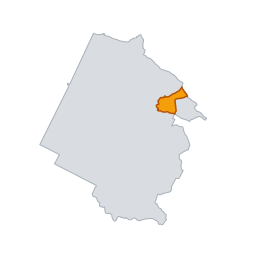 where Sennar sits in Sudan, rotated 295°
{"feature_id": "SDN-880", "entity_name": "Sennar", "entity_type": "Region", "adm_level": 1, "iso_a3": "SDN", "parent_name": "Sudan", "parent_adm1": "", "projection": "albers", "projection_center": [34.248, 12.985], "detail": "fine", "context": "in_parent", "style": "filled", "palette": "amber", "viewbox_px": 256, "rotation_deg": 295, "n_neighbors": 0, "source": "natural_earth", "source_scale": "10m", "svg_char_len": 5451}
<svg xmlns="http://www.w3.org/2000/svg" viewBox="0 0 256 256"><g transform="rotate(295 128 128)"><path d="M170.1,195.0L168.0,195.0L167.8,194.5L167.8,193.2L168.1,192.2L168.8,190.6L168.6,189.7L168.8,188.5L168.2,187.0L163.3,183.0L162.4,181.8L159.8,180.8L160.2,179.6L159.2,171.3L159.7,170.3L159.9,168.9L159.9,167.6L160.5,165.4L160.6,164.5L155.4,164.4L155.4,165.4L155.6,166.4L155.6,166.8L148.4,166.8L151.2,170.1L151.4,171.5L151.2,173.3L151.2,174.5L151.4,175.2L152.1,176.7L152.1,177.0L151.9,177.3L146.8,181.6L145.9,183.6L145.2,184.7L143.7,186.5L138.9,191.1L138.2,191.4L134.6,191.5L134.2,191.6L134.0,191.8L133.8,191.8L130.8,189.0L125.7,185.6L122.3,187.3L121.3,187.9L121.3,189.5L120.8,190.3L119.8,191.1L117.3,191.6L116.0,192.1L114.4,192.9L112.8,194.4L112.7,195.2L112.9,195.9L104.2,195.6L103.6,195.1L102.4,192.6L101.5,192.7L93.6,192.2L92.5,192.4L90.2,193.4L89.0,193.5L87.9,193.0L83.8,188.0L83.0,187.4L82.1,186.2L81.2,185.7L80.9,185.3L80.8,184.8L80.9,183.7L80.6,183.1L80.0,182.9L74.3,183.8L73.5,183.7L72.4,183.8L72.0,184.0L71.5,184.6L71.3,186.0L71.2,186.6L70.7,187.3L69.1,188.9L68.7,189.6L68.7,191.4L68.6,192.4L68.3,192.8L67.6,193.4L67.3,193.8L66.9,196.1L66.0,197.5L65.8,198.0L65.7,199.0L65.5,199.3L63.0,200.0L62.0,200.5L61.4,201.3L61.2,201.6L60.2,201.3L58.8,201.0L56.1,200.6L55.1,200.2L54.6,199.7L54.8,198.3L54.6,198.0L54.2,197.7L53.9,197.1L54.0,196.3L55.5,194.8L55.8,193.9L56.3,189.9L56.3,188.6L55.3,186.3L52.9,182.2L52.3,181.4L49.3,178.0L49.0,177.5L48.3,176.1L49.2,173.2L49.3,172.3L49.1,171.5L48.4,170.8L47.7,170.7L46.8,169.8L46.2,169.4L45.7,168.7L45.3,167.7L45.8,164.2L45.6,163.7L44.8,163.5L44.6,163.3L44.7,162.6L44.4,160.5L43.9,158.9L44.3,157.9L43.6,156.7L42.4,156.1L39.9,156.3L39.1,156.2L38.6,156.0L38.2,155.5L38.0,154.9L38.2,154.1L39.0,152.7L40.0,151.5L41.8,150.4L42.3,149.9L42.7,149.2L42.7,148.4L42.7,147.6L42.5,146.9L42.0,145.9L41.6,144.7L41.6,143.9L41.8,143.4L42.4,142.8L44.2,141.5L46.1,140.5L46.4,140.2L46.3,139.7L45.5,138.8L45.3,137.0L44.9,135.8L45.9,134.9L46.6,134.6L47.7,134.4L48.1,134.0L48.3,133.3L48.3,132.6L48.7,132.1L49.2,131.0L49.7,130.5L51.1,129.3L51.5,128.5L51.6,127.7L51.3,125.2L52.2,124.2L53.2,123.4L54.7,123.5L57.0,123.5L58.6,123.2L59.7,123.2L62.2,123.8L62.4,123.6L62.6,123.0L64.4,76.6L74.8,77.0L74.9,76.9L75.7,55.1L140.4,56.7L140.9,56.6L141.9,54.6L142.4,54.4L143.0,54.5L143.3,55.0L142.7,56.7L199.2,56.7L199.3,59.2L199.8,61.2L201.4,64.0L202.8,65.5L203.3,66.3L203.4,66.7L203.3,67.1L202.9,66.7L202.2,66.4L202.1,67.7L202.5,70.5L203.1,72.4L202.7,74.2L202.8,77.2L203.5,80.8L203.4,83.1L204.7,88.5L205.8,91.4L206.5,92.2L207.2,92.5L208.6,92.8L210.6,94.3L212.3,95.9L212.8,96.7L213.6,97.6L214.2,97.4L214.5,97.2L215.0,97.9L217.6,99.5L218.0,100.2L217.1,101.0L216.0,102.2L215.5,103.4L215.3,103.8L214.4,104.6L214.3,104.9L213.9,105.1L213.5,105.2L212.7,105.6L211.9,105.5L211.1,105.7L210.8,106.0L210.2,106.2L209.3,106.4L208.0,107.4L206.9,107.9L206.5,108.3L205.9,110.3L205.4,110.8L203.7,110.9L202.9,111.1L201.7,110.9L201.2,110.9L201.0,111.3L200.9,113.0L200.9,113.7L200.0,115.7L200.3,119.3L199.4,122.0L199.2,122.7L198.3,124.8L197.8,125.6L196.7,129.7L196.2,130.9L195.2,132.2L196.3,141.9L195.5,144.9L195.5,146.5L195.0,148.9L194.5,150.0L193.7,151.3L193.1,152.8L192.5,154.8L192.2,158.5L192.0,158.8L188.9,159.3L187.9,159.6L187.3,160.0L186.5,161.0L184.9,163.6L184.1,165.2L182.8,167.4L181.3,169.0L181.0,169.7L180.7,171.1L180.2,173.4L179.7,174.9L179.8,176.2L179.3,178.4L179.4,179.5L178.8,180.1L178.1,180.7L177.6,180.8L175.4,179.3L173.9,180.4L173.0,181.8L172.2,183.2L172.7,186.3L172.6,186.9L172.4,187.7L171.0,190.7L170.5,192.0L170.1,194.4L170.1,195.0Z" fill="#d9dde1" stroke="#a8b0b8" stroke-width="1"/><path d="M182.8,167.4L182.7,167.6L182.4,168.1L181.7,168.4L181.5,167.8L181.3,167.5L181.2,167.4L180.2,166.6L178.9,165.4L177.6,163.8L175.2,160.0L174.7,159.5L174.3,159.2L173.9,158.9L173.5,158.8L173.2,158.9L171.8,159.5L163.9,164.4L163.7,164.4L163.4,164.4L162.2,164.1L161.9,164.1L161.7,164.1L161.4,164.2L161.2,164.3L160.7,164.6L159.3,159.6L159.2,158.9L159.3,158.3L159.5,157.4L159.5,157.1L159.4,156.7L158.3,155.2L157.5,153.6L157.4,153.0L157.2,152.0L157.2,150.2L157.2,149.8L157.1,149.5L156.9,149.3L156.8,149.1L156.4,148.8L156.5,147.8L156.6,147.5L156.8,147.1L157.1,147.0L157.3,147.0L157.8,147.6L158.1,147.6L158.4,147.3L158.9,145.7L159.1,145.3L159.4,144.9L159.7,144.5L160.1,144.3L160.6,144.2L161.0,144.3L161.4,144.5L162.3,145.6L162.6,145.8L162.9,145.7L163.2,145.5L164.0,144.6L164.7,144.1L165.1,143.9L165.4,143.8L165.5,143.7L165.8,143.8L166.0,143.8L166.7,144.3L166.8,144.3L167.1,144.4L167.9,144.3L168.4,144.4L168.6,144.5L169.1,144.6L169.3,144.8L169.3,145.2L169.4,145.3L169.5,145.5L170.0,145.8L170.1,146.0L169.9,146.2L169.9,146.3L170.1,146.5L170.2,146.8L170.3,146.8L170.8,147.5L171.0,147.5L171.3,147.7L171.5,147.7L171.8,147.6L172.0,147.8L172.4,147.8L172.5,147.8L172.6,148.0L172.5,148.3L172.4,148.4L172.3,148.5L172.1,148.6L172.0,148.8L172.0,149.0L172.4,149.6L173.0,150.8L173.8,151.9L174.1,152.0L174.5,152.3L174.9,152.4L175.0,152.4L175.2,152.5L175.3,152.6L175.6,153.0L175.9,153.2L176.9,153.7L177.0,153.7L177.2,153.8L177.5,153.9L177.9,154.3L178.1,154.5L178.5,155.0L179.0,155.5L179.4,155.9L179.5,156.0L181.8,157.3L181.9,157.5L182.2,157.8L182.5,158.1L183.0,158.3L184.0,158.8L187.6,159.5L187.4,159.7L187.4,160.0L187.2,160.3L186.9,160.4L186.7,160.6L184.7,164.0L184.6,164.3L184.5,164.6L184.4,164.9L184.3,165.0L184.1,165.1L183.9,165.3L183.7,165.8L183.6,166.4L183.5,166.7L183.3,166.9L182.9,167.1L182.8,167.3L182.8,167.4Z" fill="#f59e0b" stroke="#b45309" stroke-width="1.5"/></g></svg>